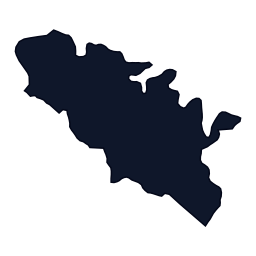 Pirapó, Rio Grande do Sul, Brazil (orthographic projection)
{"feature_id": "56859067B57075431460973", "entity_name": "Pirapó", "entity_type": "district", "adm_level": 2, "iso_a3": "BRA", "parent_name": "Brazil", "parent_adm1": "Rio Grande do Sul", "projection": "orthographic", "projection_center": [-55.227, -28.076], "detail": "fine", "context": "isolated", "style": "filled", "palette": "ink", "viewbox_px": 256, "rotation_deg": 0, "n_neighbors": 0, "source": "geoboundaries", "source_scale": "gbopen_adm2", "svg_char_len": 2714}
<svg xmlns="http://www.w3.org/2000/svg" viewBox="0 0 256 256"><path d="M232.3,128.8L234.5,125.6L236.6,123.7L239.9,121.4L240.6,118.1L237.6,116.6L234.7,115.9L231.4,115.0L228.1,113.4L225.5,112.2L222.1,112.0L219.5,113.7L218.1,115.8L216.6,118.0L215.1,120.4L213.2,123.9L211.7,127.2L211.3,130.7L210.4,134.9L208.7,137.6L206.1,136.9L203.9,133.4L202.5,130.2L201.8,126.8L201.1,123.0L201.9,120.3L202.2,117.4L202.1,113.9L201.5,107.5L201.3,103.6L201.0,100.4L199.0,98.5L196.2,98.3L192.7,99.8L189.9,102.1L188.0,104.2L185.9,107.2L183.8,108.2L180.3,106.7L177.6,103.5L178.0,99.7L179.0,94.6L177.4,91.3L174.0,90.5L171.4,89.7L168.4,87.8L168.0,84.4L170.8,82.1L173.7,79.0L175.4,75.8L175.9,71.6L172.5,69.8L169.8,69.5L166.9,70.1L164.4,71.6L162.0,74.4L158.3,76.5L155.0,77.6L152.6,77.9L149.9,78.6L147.5,80.0L146.3,82.7L146.7,86.3L146.8,89.9L145.8,93.2L143.2,93.6L141.5,91.0L141.5,87.4L140.4,83.3L136.7,81.7L134.0,81.8L131.1,81.4L128.7,79.1L128.7,76.2L130.7,74.7L133.0,74.9L135.9,75.3L139.9,73.4L145.2,68.4L149.1,67.4L152.0,64.9L149.0,62.3L145.9,62.9L141.3,63.1L138.4,62.7L135.8,62.8L132.6,62.7L128.8,62.9L125.8,62.1L124.1,59.8L123.1,56.9L121.7,53.7L119.9,51.9L117.4,51.9L113.7,51.5L110.1,50.4L108.0,49.2L105.6,46.7L103.4,45.4L101.0,44.4L98.6,44.5L96.1,45.4L93.8,44.9L91.6,43.6L89.2,43.1L87.1,44.4L86.4,48.3L86.7,52.1L86.1,55.1L83.4,56.6L78.9,56.9L75.5,55.3L75.6,51.0L75.3,46.7L73.8,43.4L72.7,41.0L71.1,37.8L68.6,35.3L65.6,35.0L61.8,33.5L58.1,31.8L53.7,30.1L47.0,35.5L38.7,36.6L29.8,38.0L24.1,39.1L19.3,41.7L16.0,47.1L15.4,51.4L16.4,54.9L19.2,60.7L27.7,72.8L29.2,76.2L29.4,84.7L24.5,90.8L26.9,92.4L30.4,96.2L33.0,95.7L35.4,95.6L37.1,97.5L40.3,98.5L43.7,99.9L46.6,103.0L49.7,104.6L59.1,113.0L62.8,109.6L67.0,110.4L67.5,113.9L68.7,117.4L69.4,120.5L69.9,123.5L69.8,126.8L71.6,130.0L73.6,132.6L75.2,134.9L77.2,138.1L80.1,140.7L83.4,141.7L85.9,143.5L88.3,145.0L89.9,147.5L103.6,148.2L104.8,151.7L106.0,154.4L107.2,158.4L107.0,162.3L108.7,164.8L110.9,167.7L111.4,171.0L111.4,174.5L111.1,178.6L111.1,182.2L114.0,182.5L117.0,181.7L119.2,180.6L121.6,178.6L124.0,177.5L126.5,177.0L128.9,177.8L131.8,179.9L135.0,181.1L138.4,182.4L141.5,184.7L142.8,187.8L145.0,190.3L147.9,192.6L150.6,192.9L152.9,193.5L156.3,194.6L159.3,195.6L161.7,196.1L164.8,193.3L169.4,194.3L179.9,203.9L205.4,225.9L207.9,222.0L210.2,218.9L211.4,216.7L213.3,213.3L215.8,210.1L217.9,207.7L219.9,205.6L220.2,202.8L220.0,199.8L221.1,196.5L221.4,192.7L220.6,188.8L218.8,187.0L216.0,185.5L213.1,183.6L210.1,181.2L208.5,177.6L209.3,173.7L209.0,169.9L207.5,167.2L204.7,165.0L201.8,163.2L200.3,160.1L200.4,156.6L201.1,153.6L201.4,149.3L207.5,146.6L209.8,144.8L212.6,143.0L217.1,139.8L218.6,137.3L219.4,134.0L218.1,129.9L232.3,128.8Z" fill="#0f172a" stroke="#020617" stroke-width="1.5"/></svg>